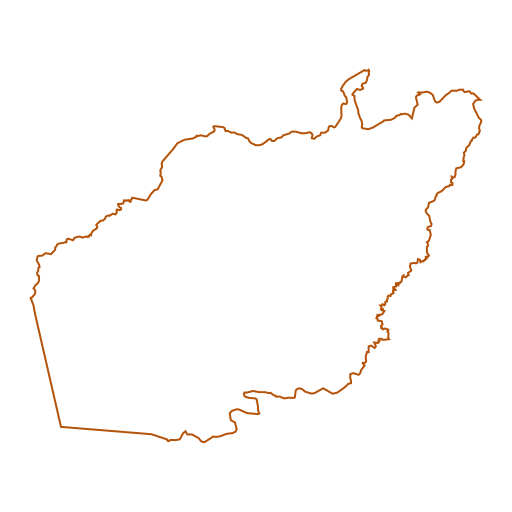 Degollado, Jalisco, Mexico
{"feature_id": "50627088B18786392741824", "entity_name": "Degollado", "entity_type": "district", "adm_level": 2, "iso_a3": "MEX", "parent_name": "Mexico", "parent_adm1": "Jalisco", "projection": "natural_earth1", "projection_center": [-102.126, 20.456], "detail": "fine", "context": "isolated", "style": "outline", "palette": "amber", "viewbox_px": 512, "rotation_deg": 0, "n_neighbors": 0, "source": "geoboundaries", "source_scale": "gbopen_adm2", "svg_char_len": 6020}
<svg xmlns="http://www.w3.org/2000/svg" viewBox="0 0 512 512"><path d="M480.2,99.8L473.4,93.4L471.2,93.5L469.3,91.2L464.7,92.1L463.6,91.2L463.1,89.7L459.2,89.7L456.8,90.8L452.3,90.6L451.0,91.1L449.4,92.8L446.1,94.9L439.3,101.9L436.8,102.6L435.0,101.3L432.8,94.9L430.2,92.9L427.3,91.7L421.7,92.6L418.9,92.3L418.1,92.6L420.0,94.4L416.7,95.7L415.9,97.4L417.7,104.7L414.4,107.6L411.9,118.4L408.6,114.7L404.9,113.6L402.1,114.3L400.9,113.9L399.5,115.1L396.1,115.9L395.1,117.7L391.0,119.8L384.1,120.4L382.9,121.6L372.8,127.6L368.2,129.2L362.4,128.2L361.7,126.9L362.3,124.3L361.5,120.7L359.6,117.0L359.1,114.6L358.4,113.8L358.2,110.3L354.6,100.2L354.4,95.8L352.6,95.0L352.4,94.1L357.0,88.9L360.1,90.0L363.0,88.7L362.9,87.4L361.7,86.2L362.0,84.7L362.6,83.8L365.8,82.7L366.8,80.6L367.6,76.6L368.8,75.4L369.0,74.4L368.7,72.7L369.2,70.8L368.6,69.8L367.9,70.5L365.6,70.8L364.5,70.1L348.5,79.4L345.6,82.0L342.3,86.5L341.2,89.0L341.1,90.4L343.1,91.4L344.9,96.0L346.3,97.4L347.1,102.5L346.0,104.1L343.2,103.5L341.9,104.9L341.2,107.9L341.5,116.0L340.8,118.6L335.3,126.9L334.0,127.4L331.6,126.0L329.5,126.1L328.7,127.3L328.1,130.4L327.2,131.1L325.0,132.7L321.2,132.7L320.1,135.3L317.2,136.3L314.1,138.8L311.8,138.2L312.5,134.9L311.6,133.3L310.2,132.4L308.6,132.3L306.2,133.2L301.7,133.3L295.6,131.6L292.4,131.6L290.9,132.1L289.6,133.4L283.4,135.3L281.4,137.4L277.5,138.1L274.2,141.0L272.0,141.0L270.6,139.2L269.4,139.0L262.6,144.2L259.3,145.2L255.8,145.2L251.1,143.0L249.5,141.4L248.0,138.3L246.3,138.0L241.9,134.9L237.6,134.2L234.1,132.4L231.6,132.7L228.0,131.0L225.5,131.0L224.6,128.1L222.9,127.1L214.4,126.1L213.3,126.9L214.6,129.4L214.3,131.3L209.5,133.9L207.1,136.2L205.6,136.4L200.6,135.3L197.7,136.1L196.6,135.7L196.3,136.6L193.1,138.4L184.3,139.8L177.3,143.3L173.5,148.7L162.7,161.1L161.7,163.4L162.1,167.0L160.3,170.4L160.7,172.9L160.3,175.9L161.5,176.6L162.5,180.4L157.6,189.4L154.5,190.1L151.1,193.9L147.4,199.8L145.9,200.5L132.3,197.7L131.5,199.5L130.8,199.9L130.7,201.7L130.3,201.8L129.5,201.6L128.6,200.2L127.3,200.7L126.5,200.2L125.6,200.8L124.1,200.3L123.3,203.3L121.1,204.0L118.2,203.9L118.0,204.9L119.6,207.2L120.9,207.8L121.2,209.0L120.7,209.7L120.0,210.1L117.0,209.5L116.6,209.9L116.8,212.3L115.6,214.4L112.8,213.7L109.6,215.8L109.2,215.4L107.3,215.8L105.8,216.7L104.9,218.9L103.0,220.5L100.6,220.8L96.4,224.6L96.4,225.5L97.3,226.7L96.8,228.3L92.7,231.1L91.0,234.2L91.1,235.3L89.7,234.9L88.7,236.0L88.8,236.7L87.6,237.1L86.6,236.4L82.5,237.6L79.7,236.5L77.3,237.0L74.5,237.8L73.2,240.2L67.9,238.7L66.6,239.7L66.6,241.8L66.1,242.3L65.7,241.9L63.7,242.8L58.6,243.6L57.1,244.7L56.4,246.3L55.4,247.2L55.1,249.8L51.1,254.1L45.5,253.2L42.1,255.7L38.4,255.9L37.5,256.5L36.7,260.5L39.0,264.5L39.6,267.0L38.5,267.7L38.2,270.8L37.1,272.7L37.6,275.3L39.0,276.1L39.1,280.6L37.8,283.3L35.6,285.0L33.5,288.4L35.3,290.6L35.1,293.2L34.5,294.5L31.7,297.7L30.7,297.8L30.8,298.5L33.4,305.0L35.0,313.7L61.0,426.9L151.3,434.2L167.3,439.5L167.5,440.7L168.5,441.2L170.6,439.9L175.7,440.1L179.8,439.3L183.1,433.2L185.5,431.3L187.2,434.4L192.1,434.5L198.6,438.1L201.2,441.3L203.3,442.2L205.0,441.9L213.1,436.6L216.6,436.9L220.0,436.3L226.8,433.8L232.8,433.1L235.6,431.5L236.7,429.4L235.0,422.5L231.0,420.3L230.4,418.2L229.8,413.1L232.2,410.7L237.0,409.2L239.6,409.7L245.5,412.5L248.1,413.2L257.9,414.1L259.3,413.5L258.1,410.5L257.9,406.1L256.6,399.3L255.2,398.4L249.2,397.9L245.6,396.9L244.7,396.3L243.8,393.9L244.5,392.5L246.8,392.6L253.0,391.0L259.0,392.1L265.3,392.2L268.3,393.0L270.7,392.9L273.9,395.4L275.5,395.6L276.0,396.7L279.6,396.5L284.0,398.4L288.9,397.7L293.9,397.9L294.8,397.5L295.7,390.8L296.5,389.5L298.9,388.3L301.9,389.0L305.3,391.7L311.5,393.6L314.4,393.2L323.2,388.3L332.6,393.7L337.2,392.7L344.6,387.4L348.5,383.7L351.0,383.2L350.9,380.2L350.2,378.0L350.3,374.1L353.3,373.1L358.5,374.8L359.2,374.4L360.4,372.7L361.2,369.9L364.6,365.6L362.8,363.4L362.9,362.8L364.6,363.0L366.2,361.3L365.7,357.0L366.9,352.0L368.6,352.2L368.7,346.3L371.1,345.6L374.7,348.0L375.9,346.3L374.2,342.5L378.0,343.0L379.3,341.4L378.4,341.5L378.7,339.4L379.3,338.7L381.7,338.9L383.2,339.9L389.0,339.2L388.2,338.1L388.5,332.8L387.4,331.5L388.3,330.5L388.3,329.6L384.8,328.5L382.9,329.4L382.1,327.8L381.3,328.1L380.9,326.1L382.5,324.5L381.7,321.2L377.8,320.6L377.6,318.9L376.4,318.3L377.5,314.9L378.3,315.1L377.9,316.3L378.9,316.0L379.4,314.8L380.6,314.9L382.7,313.7L384.4,311.0L383.1,310.5L382.9,309.4L382.0,310.3L381.0,309.5L381.5,306.7L380.4,305.5L381.7,305.5L382.5,304.2L384.4,305.3L385.3,304.0L385.3,301.9L387.0,301.3L387.0,299.5L387.8,298.6L387.6,296.9L388.4,295.6L390.5,296.0L391.0,294.3L393.5,293.2L392.8,291.5L393.1,290.7L395.6,290.0L394.6,288.7L393.3,288.8L393.2,287.2L396.0,286.4L396.0,283.2L397.7,283.1L397.2,285.1L398.4,285.4L398.9,283.2L400.1,283.0L400.2,282.1L401.6,281.4L402.4,276.2L403.5,275.5L403.4,276.5L405.4,277.4L406.8,276.5L407.5,275.3L408.7,275.2L408.1,272.7L410.9,271.0L411.3,270.1L409.9,266.6L410.6,263.5L414.6,262.9L415.9,263.4L417.3,262.8L418.0,259.1L419.9,259.8L420.5,262.2L422.4,261.0L423.5,261.4L424.0,260.4L425.1,260.0L425.3,259.0L426.4,258.8L425.8,256.9L426.9,256.5L427.9,257.0L428.9,255.4L427.0,252.7L426.8,247.1L427.9,246.1L427.8,243.2L426.9,242.2L429.0,240.6L430.8,234.8L429.6,230.0L427.6,229.8L427.2,228.7L428.0,226.9L430.9,226.1L431.6,224.0L430.5,222.0L429.1,215.6L427.5,214.3L425.7,211.3L425.8,209.6L428.0,207.5L429.0,202.8L433.4,201.1L434.8,199.8L435.8,196.4L436.7,195.6L436.5,194.4L437.8,193.0L441.6,191.2L445.8,187.0L449.3,186.1L450.1,184.8L452.3,185.1L452.5,183.0L451.0,182.3L451.1,179.6L451.9,179.1L451.7,176.6L453.6,177.6L454.7,177.0L455.5,174.4L455.5,171.2L456.3,168.3L461.0,167.3L463.5,164.6L464.2,161.2L463.3,161.0L463.7,157.3L464.5,155.2L463.8,152.8L465.8,150.8L466.3,147.8L469.3,145.1L470.5,141.7L472.0,140.3L471.9,139.7L473.5,137.5L474.5,137.8L475.5,137.3L477.1,134.4L478.1,134.5L479.2,133.1L479.1,132.0L479.9,130.9L479.1,128.3L479.2,126.2L481.3,121.6L481.2,120.6L480.7,119.4L479.0,118.1L474.1,108.4L473.1,104.0L475.4,100.7L477.5,99.8L480.2,99.8Z" fill="none" stroke="#b45309" stroke-width="2"/></svg>